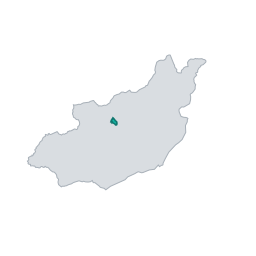 Mogod, Bulgan, Mongolia (highlighted), rotated 325°
{"feature_id": "93677404B32006231606780", "entity_name": "Mogod", "entity_type": "district", "adm_level": 2, "iso_a3": "MNG", "parent_name": "Mongolia", "parent_adm1": "Bulgan", "projection": "albers", "projection_center": [102.81, 48.255], "detail": "fine", "context": "in_parent", "style": "filled", "palette": "teal", "viewbox_px": 256, "rotation_deg": 325, "n_neighbors": 0, "source": "geoboundaries", "source_scale": "gbopen_adm2", "svg_char_len": 4573}
<svg xmlns="http://www.w3.org/2000/svg" viewBox="0 0 256 256"><g transform="rotate(325 128 128)"><path d="M26.6,97.4L27.4,97.5L28.7,96.9L29.0,95.7L29.5,95.1L32.2,95.3L33.4,95.9L33.7,95.2L33.9,95.1L34.5,95.8L35.1,95.7L35.6,95.5L36.2,94.7L37.1,95.0L38.8,94.2L39.1,92.5L39.7,92.2L41.2,92.1L41.5,91.3L41.8,91.1L42.9,91.1L44.8,90.5L45.7,90.5L46.4,89.8L48.2,89.0L50.6,88.9L50.9,88.4L53.2,87.1L55.6,87.4L56.4,86.1L56.8,86.0L58.2,87.9L58.9,87.7L59.2,87.1L60.2,87.2L60.4,88.5L60.9,89.0L67.8,90.3L67.9,90.7L68.0,93.5L69.2,94.9L69.4,95.6L71.4,95.6L72.4,96.7L74.0,96.8L74.9,97.2L76.6,96.4L77.0,96.4L77.4,97.0L78.2,96.7L79.7,97.7L80.9,97.7L81.4,98.1L82.1,97.8L83.8,98.2L85.0,99.8L86.0,99.8L87.2,98.9L87.5,98.2L89.2,98.0L90.1,97.4L90.8,96.9L91.8,94.8L92.1,92.6L91.3,92.2L90.6,91.4L90.3,90.2L90.3,89.4L89.6,88.1L89.7,87.5L90.2,86.5L90.6,84.7L91.2,83.8L92.3,83.3L92.4,82.6L93.2,81.4L94.9,80.7L96.0,79.2L96.6,77.7L97.4,78.6L99.5,79.7L101.3,80.3L102.5,81.4L105.7,81.8L111.0,84.6L112.2,84.5L115.4,85.6L115.6,86.0L115.6,87.9L115.9,88.5L116.0,90.6L116.6,91.6L116.4,92.9L116.7,93.3L117.5,93.5L118.8,94.8L121.7,95.7L122.6,96.6L124.6,97.1L125.6,96.8L127.3,97.0L127.9,96.8L129.0,95.8L129.6,95.5L133.4,94.6L134.5,93.9L135.2,93.7L138.2,94.3L140.3,95.1L143.3,94.9L144.8,95.9L145.4,96.9L146.7,97.8L150.9,97.9L151.1,98.1L151.2,100.4L151.4,100.7L154.3,103.0L155.6,103.6L159.4,103.2L165.5,104.2L166.9,103.6L168.3,104.2L168.7,104.1L172.4,101.7L173.0,101.7L176.9,100.5L179.3,99.2L181.3,99.0L182.7,97.9L183.1,96.1L185.3,93.8L189.3,90.6L192.1,90.6L193.8,91.3L195.7,92.8L196.7,93.1L198.5,93.0L200.8,91.3L202.2,91.4L203.5,91.7L204.4,92.5L202.1,102.4L202.2,103.0L201.2,105.1L201.5,108.2L200.1,109.6L200.6,111.3L201.1,111.9L203.1,113.4L203.7,113.1L204.1,112.2L205.0,111.4L206.8,111.3L208.3,110.7L210.3,110.9L212.4,112.1L214.4,108.4L216.7,107.5L219.0,107.5L221.0,109.3L223.3,109.8L224.0,110.9L225.0,111.2L225.3,111.8L228.3,113.6L229.1,115.1L230.1,116.1L230.3,117.3L230.3,117.9L229.4,118.7L225.8,119.2L223.5,118.5L222.9,119.3L220.2,119.6L218.8,120.4L217.8,121.0L217.4,121.9L216.9,122.2L216.5,122.2L215.6,121.8L214.9,121.9L214.7,122.1L214.6,124.1L212.3,124.6L211.5,124.5L209.7,125.8L209.6,126.6L208.7,127.8L208.1,129.9L208.4,130.8L208.3,131.3L206.7,132.7L205.3,134.6L202.0,135.8L200.4,136.1L199.1,135.9L198.0,136.4L197.3,138.3L195.4,140.8L192.4,143.4L186.3,142.9L185.5,142.7L184.1,141.5L180.7,141.9L179.8,142.9L179.1,144.4L178.1,148.9L179.8,151.2L181.5,152.6L182.3,153.7L182.5,154.7L181.4,155.2L180.0,157.0L176.5,158.9L172.8,164.7L165.7,168.5L161.1,169.1L157.4,169.1L147.6,171.2L141.3,174.3L136.6,176.9L135.6,178.1L135.1,178.3L134.2,177.8L131.6,177.7L131.6,175.7L126.0,177.0L121.4,174.6L114.9,173.1L113.6,172.6L111.4,169.8L110.3,169.5L107.4,169.3L99.7,167.9L96.0,168.7L80.2,165.7L74.4,165.9L74.2,165.7L74.0,163.9L71.5,161.0L71.2,160.3L71.2,159.3L69.5,153.7L68.2,152.8L68.6,150.5L66.5,150.5L64.3,149.4L62.1,147.6L61.2,146.2L59.6,145.8L57.8,143.4L56.9,142.9L52.1,141.4L49.6,141.3L47.1,140.4L44.1,139.9L43.2,139.3L42.4,139.2L40.8,138.0L39.6,138.0L38.7,134.7L39.3,132.8L40.0,131.8L41.6,130.3L41.7,129.6L41.4,128.0L42.6,125.3L42.6,123.5L42.1,121.5L41.2,120.9L40.2,118.0L40.1,115.9L39.8,114.3L38.5,113.3L38.2,111.9L37.8,111.8L37.4,112.1L36.5,112.1L35.8,111.2L35.5,110.2L35.0,109.9L34.0,109.8L33.1,110.1L32.2,109.7L31.6,108.7L29.6,107.1L29.8,106.2L29.6,105.5L29.0,105.2L28.4,104.4L26.5,103.2L26.6,102.8L27.3,101.9L26.1,100.9L25.7,99.9L26.7,99.0L26.5,98.1L26.6,97.4Z" fill="#d9dde1" stroke="#a8b0b8" stroke-width="1"/><path d="M122.3,116.6L122.2,116.1L122.0,115.1L121.6,114.7L121.9,114.0L121.8,113.2L121.7,113.0L121.8,112.3L121.8,112.2L121.7,112.1L121.6,111.9L121.4,111.9L121.5,111.7L121.4,111.7L121.2,111.6L121.2,111.4L121.1,111.5L121.0,111.4L120.9,111.3L120.7,111.4L120.6,111.5L120.5,111.4L120.4,111.4L120.3,111.5L120.2,111.5L120.3,111.5L120.2,111.5L119.9,111.6L119.7,111.7L119.8,111.7L119.8,111.8L119.7,111.8L119.4,111.9L119.4,112.0L119.2,112.0L119.2,111.9L119.2,112.0L118.9,112.0L118.7,112.2L118.5,112.3L118.5,112.5L118.4,112.5L118.2,112.6L118.3,112.7L118.4,112.8L118.2,112.9L118.2,113.0L118.3,113.1L118.2,113.2L118.3,113.2L118.3,113.3L118.2,113.4L118.3,113.4L118.3,113.5L118.2,113.5L118.3,113.6L118.2,113.6L118.3,113.7L118.3,113.8L118.2,113.8L118.2,114.0L118.3,114.1L118.2,114.2L118.2,114.3L118.3,114.4L118.2,114.5L118.3,114.5L118.4,114.8L118.3,115.0L118.6,115.2L118.9,115.7L119.3,116.7L119.6,117.5L119.5,118.0L119.6,118.3L119.7,118.6L119.9,118.7L120.5,118.9L121.1,118.5L121.4,118.2L121.3,117.9L121.6,117.7L121.7,117.1L121.9,116.9L122.2,116.9L122.3,116.6Z" fill="#14b8a6" stroke="#0f766e" stroke-width="1.5"/></g></svg>